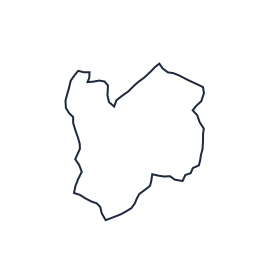 Paiva, Minas Gerais, Brazil, rotated 139°
{"feature_id": "56859067B60855935518046", "entity_name": "Paiva", "entity_type": "district", "adm_level": 2, "iso_a3": "BRA", "parent_name": "Brazil", "parent_adm1": "Minas Gerais", "projection": "albers", "projection_center": [-43.423, -21.293], "detail": "fine", "context": "isolated", "style": "outline", "palette": "slate", "viewbox_px": 256, "rotation_deg": 139, "n_neighbors": 0, "source": "geoboundaries", "source_scale": "gbopen_adm2", "svg_char_len": 1185}
<svg xmlns="http://www.w3.org/2000/svg" viewBox="0 0 256 256"><g transform="rotate(139 128 128)"><path d="M211.4,114.4L208.2,109.1L206.1,102.2L203.8,96.5L201.0,91.6L200.8,86.5L203.8,80.8L205.3,73.1L197.4,70.2L189.8,67.5L184.0,66.3L178.0,65.3L172.4,66.6L168.0,68.8L162.8,70.8L155.2,70.2L149.3,69.9L145.3,72.7L140.0,77.2L136.8,72.7L132.9,68.0L127.9,64.0L126.6,58.3L121.6,52.2L115.5,54.9L110.4,52.8L105.3,55.2L99.0,53.3L94.7,56.3L90.9,59.6L85.8,63.0L80.1,68.8L75.2,74.3L71.2,77.8L70.1,85.4L67.4,92.1L67.6,98.9L61.6,100.0L55.2,100.1L47.9,104.4L44.6,109.6L46.7,114.7L48.9,119.5L51.7,125.9L55.1,134.5L58.0,140.0L61.4,143.8L62.8,150.3L62.1,156.0L67.6,156.3L73.5,155.7L82.6,155.4L90.0,156.0L95.0,156.0L103.6,155.4L111.6,156.2L118.5,156.5L124.4,153.3L125.3,160.1L122.1,166.1L118.5,169.8L115.2,173.3L115.2,178.5L118.5,182.6L123.9,185.8L128.4,189.2L124.3,191.3L120.5,195.3L124.8,199.1L128.1,203.8L133.2,203.0L140.2,201.3L146.6,196.7L152.3,193.0L157.2,189.7L161.7,183.9L162.7,177.9L162.2,172.3L166.2,167.6L169.4,160.4L172.1,153.5L174.9,147.6L178.0,143.8L182.5,141.7L188.3,139.1L189.1,132.3L191.6,125.3L199.5,122.0L206.0,118.5L211.4,114.4Z" fill="none" stroke="#1e293b" stroke-width="2"/></g></svg>